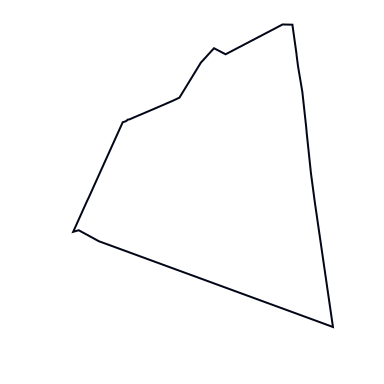 outline of Cabarrus, North Carolina, United States of America, rotated 82°
{"feature_id": "52423323B48956333130626", "entity_name": "Cabarrus", "entity_type": "district", "adm_level": 2, "iso_a3": "USA", "parent_name": "United States of America", "parent_adm1": "North Carolina", "projection": "orthographic", "projection_center": [-80.633, 35.346], "detail": "fine", "context": "isolated", "style": "outline", "palette": "ink", "viewbox_px": 384, "rotation_deg": 82, "n_neighbors": 0, "source": "geoboundaries", "source_scale": "gbopen_adm2", "svg_char_len": 562}
<svg xmlns="http://www.w3.org/2000/svg" viewBox="0 0 384 384"><g transform="rotate(82 192 192)"><path d="M345.3,71.2L219.5,71.8L189.9,71.6L149.5,70.2L143.8,69.9L108.2,68.8L82.5,69.5L71.6,69.4L69.6,69.3L40.3,69.3L38.7,79.0L60.3,139.6L52.7,150.2L65.1,165.2L96.8,191.3L99.0,198.4L99.4,199.9L103.6,215.1L110.0,238.9L111.4,243.8L111.4,245.5L111.5,245.8L111.7,246.0L112.1,246.5L112.4,246.9L112.9,248.5L113.2,250.5L113.3,250.9L155.5,277.6L182.6,294.7L186.5,297.3L214.9,315.2L214.1,309.5L227.8,291.1L345.3,71.2Z" fill="none" stroke="#020617" stroke-width="2"/></g></svg>